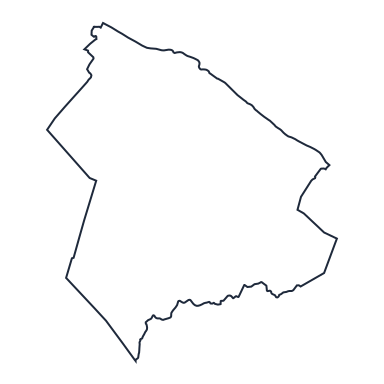 Cenad, Timis, Romania (Albers equal-area conic projection)
{"feature_id": "2599482B67107815757127", "entity_name": "Cenad", "entity_type": "district", "adm_level": 2, "iso_a3": "ROU", "parent_name": "Romania", "parent_adm1": "Timis", "projection": "albers", "projection_center": [20.55, 46.131], "detail": "fine", "context": "isolated", "style": "outline", "palette": "slate", "viewbox_px": 384, "rotation_deg": 0, "n_neighbors": 0, "source": "geoboundaries", "source_scale": "gbopen_adm2", "svg_char_len": 5047}
<svg xmlns="http://www.w3.org/2000/svg" viewBox="0 0 384 384"><path d="M329.4,165.1L325.8,162.0L321.6,154.9L320.3,153.3L319.6,152.5L315.9,150.0L314.2,149.0L310.3,147.0L308.4,146.2L306.7,145.5L299.3,141.6L297.3,140.5L295.3,139.2L291.8,137.5L291.0,137.2L288.3,136.4L287.6,135.9L287.1,135.6L285.8,134.6L285.5,134.5L284.9,133.9L283.6,132.8L282.1,131.2L281.3,130.3L279.9,129.2L277.9,128.0L275.6,126.4L274.5,125.0L269.9,120.7L268.6,119.9L266.2,118.2L264.3,116.9L260.3,113.8L258.3,112.1L257.9,111.8L256.5,110.5L256.0,110.3L254.5,108.8L253.5,107.1L253.0,106.5L252.5,106.0L252.1,105.5L251.6,105.1L250.0,104.2L249.0,103.8L247.9,103.4L247.1,102.9L246.2,101.8L245.5,101.2L243.6,99.9L241.6,98.3L237.5,95.1L225.3,83.0L224.5,82.4L218.0,78.7L217.9,78.7L217.3,78.7L216.9,78.4L213.3,75.8L210.3,73.6L209.5,73.2L209.4,72.9L208.9,71.7L208.7,71.3L208.2,70.9L207.2,70.2L206.1,69.7L204.9,69.5L203.7,69.4L202.4,69.4L201.4,69.5L200.8,69.4L200.4,69.2L200.1,68.9L199.8,68.5L199.3,67.9L199.1,67.4L198.9,66.8L198.9,66.2L199.2,65.2L199.4,64.7L199.4,64.1L199.5,63.5L199.5,63.0L199.4,62.4L199.1,61.9L198.8,61.5L198.6,61.2L198.5,60.9L197.8,60.2L195.5,59.0L193.4,58.0L192.3,57.6L190.1,56.8L187.8,56.1L186.7,55.6L185.0,54.5L184.0,53.8L183.1,53.1L182.1,52.6L181.1,52.3L179.9,52.1L178.9,52.2L177.9,52.3L176.9,52.4L175.8,52.7L174.7,53.0L173.5,52.4L173.2,51.6L173.0,51.2L172.6,50.7L171.7,50.1L170.7,49.8L169.5,49.7L168.3,49.7L164.0,50.4L161.9,50.3L161.0,50.1L156.2,48.8L150.7,48.4L148.1,48.0L146.9,47.8L142.2,45.6L135.5,41.6L128.1,37.6L122.1,33.8L118.0,31.5L111.4,27.4L103.0,23.0L100.7,27.6L99.4,26.8L95.5,26.9L94.6,26.7L94.0,26.8L94.1,27.2L93.7,27.4L91.7,30.6L91.5,34.6L91.5,34.8L93.8,36.7L94.0,36.8L94.9,36.3L95.2,36.0L95.6,36.1L96.0,36.2L96.3,36.7L96.4,39.1L95.6,39.4L94.8,40.0L90.1,43.8L84.4,49.3L88.0,50.6L88.1,50.8L88.1,52.3L93.3,57.2L93.5,58.1L93.5,58.6L93.4,58.8L90.0,63.6L89.3,64.7L87.1,69.2L88.9,72.2L89.3,72.8L90.2,73.3L90.5,73.7L91.3,75.0L91.4,75.4L90.9,77.4L89.8,78.6L88.7,79.6L87.2,81.9L79.7,90.3L72.5,98.3L64.8,106.9L54.8,118.4L47.1,129.8L89.4,177.7L89.7,178.0L96.2,180.7L91.4,196.5L84.1,220.5L79.5,236.7L73.6,257.8L71.9,258.3L66.1,277.9L94.1,307.8L106.0,320.7L110.8,327.2L122.5,343.0L134.6,359.7L135.6,361.0L135.6,360.5L135.8,359.9L136.2,359.3L136.5,359.1L137.3,358.6L137.8,358.2L138.2,357.6L138.7,353.9L139.1,352.7L139.3,350.2L139.4,348.0L139.7,344.0L139.5,342.8L139.7,341.9L140.0,341.2L140.4,340.5L140.4,340.2L140.2,339.5L140.6,339.1L141.4,338.8L142.0,338.5L142.3,338.1L142.4,337.6L142.7,336.9L143.4,335.5L144.0,334.6L144.2,334.2L144.6,333.3L145.2,332.2L145.5,331.6L146.0,331.1L146.2,330.7L146.6,330.1L147.0,329.1L147.1,327.5L146.7,325.2L146.4,324.2L145.9,323.8L145.8,323.3L145.7,322.8L145.8,322.2L146.3,321.8L148.3,320.0L149.2,319.7L150.2,319.2L150.9,318.8L151.2,318.6L151.5,318.2L152.7,315.9L153.0,315.5L153.3,315.3L153.6,315.3L154.0,315.5L154.4,315.8L154.7,316.4L154.9,316.7L155.3,317.2L155.7,317.6L156.4,318.1L157.1,318.3L157.6,318.4L159.6,318.4L160.2,318.6L160.7,318.9L161.4,319.4L162.2,319.7L162.7,319.8L163.0,319.8L163.5,319.8L164.1,319.5L168.6,318.2L170.1,317.6L170.6,317.3L170.8,317.0L171.1,316.4L171.2,315.4L171.2,314.6L171.3,313.3L171.4,312.9L171.6,312.5L173.0,310.4L175.5,307.5L177.1,305.1L178.2,301.4L178.7,301.0L179.1,300.9L179.6,300.8L180.0,300.9L181.2,301.7L182.4,302.4L183.2,302.7L183.6,302.8L184.4,302.7L184.7,302.6L188.2,300.2L188.5,300.0L189.1,299.9L189.5,299.8L190.0,299.9L190.3,300.0L190.7,300.4L192.9,303.3L193.6,304.1L195.0,305.2L195.5,305.4L196.6,305.8L197.4,305.8L198.0,305.8L199.1,305.5L199.9,305.3L201.0,304.8L202.5,304.1L203.6,303.4L204.5,303.1L205.5,302.8L206.4,302.7L209.1,301.9L209.6,302.1L210.3,303.1L210.5,303.4L210.8,303.5L211.1,303.5L211.5,303.5L212.1,303.6L212.8,303.4L213.5,302.9L213.9,302.9L214.1,303.0L215.0,303.9L217.9,304.6L220.4,304.2L220.6,304.1L220.7,301.2L220.9,301.0L221.0,300.9L222.9,300.8L223.4,300.7L223.6,300.6L227.6,296.0L227.9,295.8L228.4,295.7L228.8,295.6L229.2,295.5L229.8,295.6L230.2,295.6L230.5,295.8L230.9,295.9L231.3,296.2L231.5,296.4L233.1,298.2L233.3,298.2L233.5,298.1L235.6,296.4L235.9,296.3L236.2,296.2L238.1,297.0L238.3,297.0L238.5,296.8L238.7,296.7L244.2,285.1L244.3,285.0L244.6,285.0L247.4,287.0L251.3,286.6L254.5,284.2L258.3,283.6L260.8,282.3L261.0,282.1L261.4,282.1L261.6,282.1L263.7,283.7L266.3,285.6L266.4,285.8L266.9,290.5L267.2,290.8L267.3,291.0L267.7,291.1L269.9,290.7L270.6,291.1L271.0,291.5L271.2,291.9L271.2,292.2L271.2,292.5L271.5,293.2L271.8,293.6L272.3,294.0L274.9,295.2L276.2,297.2L276.6,297.3L277.0,297.4L277.4,297.4L277.7,297.3L278.6,296.5L279.0,295.7L279.3,294.8L280.3,294.5L281.1,294.1L281.7,293.6L282.4,293.2L283.0,292.6L283.4,292.4L286.5,291.9L287.9,291.3L289.3,291.0L291.8,291.0L293.3,290.2L296.9,285.4L297.5,285.4L298.6,285.3L299.2,285.5L299.8,285.9L300.6,286.5L324.1,273.0L334.9,243.9L336.9,238.6L324.1,232.5L303.8,213.4L297.5,209.8L301.0,196.8L311.2,180.8L312.6,179.4L313.8,178.8L315.0,178.2L315.3,177.2L315.0,176.5L320.8,168.8L321.5,168.6L322.2,168.6L323.5,168.5L324.4,168.7L324.8,168.8L325.7,169.3L326.7,167.7L329.4,165.1Z" fill="none" stroke="#1e293b" stroke-width="2"/></svg>